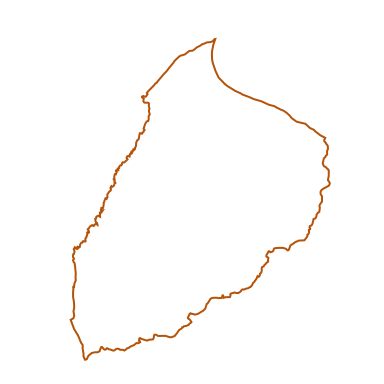 outline of Adi Quala, Debub, Eritrea, rotated 350°
{"feature_id": "51966322B57364805304830", "entity_name": "Adi Quala", "entity_type": "district", "adm_level": 2, "iso_a3": "ERI", "parent_name": "Eritrea", "parent_adm1": "Debub", "projection": "natural_earth1", "projection_center": [38.835, 14.613], "detail": "fine", "context": "isolated", "style": "outline", "palette": "amber", "viewbox_px": 384, "rotation_deg": 350, "n_neighbors": 0, "source": "geoboundaries", "source_scale": "gbopen_adm2", "svg_char_len": 5982}
<svg xmlns="http://www.w3.org/2000/svg" viewBox="0 0 384 384"><g transform="rotate(350 192 192)"><path d="M241.5,45.4L240.6,45.4L238.8,47.1L236.0,47.6L233.5,47.3L231.7,47.4L230.4,47.9L228.0,48.2L224.7,49.6L221.9,50.4L218.3,52.5L216.8,52.9L213.9,52.6L208.8,55.3L204.1,55.8L202.3,56.7L197.7,59.8L196.0,61.6L191.1,65.7L188.1,68.5L184.3,71.3L177.1,77.3L176.6,78.1L174.9,78.7L173.2,80.3L166.4,85.1L164.7,86.6L165.2,87.9L163.2,90.0L162.3,90.1L160.7,89.0L159.5,89.3L159.2,89.6L159.2,90.1L160.7,91.8L160.0,93.4L159.9,94.4L160.2,95.2L160.9,95.8L164.1,96.4L164.9,97.1L165.0,97.8L164.4,99.5L164.6,102.6L163.9,103.8L163.6,105.3L163.9,108.2L162.5,109.7L161.9,113.2L161.1,114.5L160.3,114.4L158.9,115.3L157.5,117.2L155.3,121.3L156.1,122.6L155.1,123.5L154.8,124.3L153.5,124.9L153.2,125.8L152.8,125.9L151.1,125.0L150.6,125.4L148.8,130.3L148.3,131.0L147.2,131.4L145.7,133.5L144.7,137.2L143.4,138.8L143.4,139.7L142.5,140.4L142.2,139.9L141.7,139.7L140.6,141.9L139.5,141.5L138.8,142.6L139.5,143.4L139.1,143.8L138.6,143.5L137.8,143.6L137.3,144.2L137.0,145.7L136.7,146.3L135.4,145.4L134.6,145.5L133.6,146.5L133.5,147.0L134.0,147.9L134.2,148.7L130.3,151.2L129.1,150.7L128.1,151.5L127.8,152.6L127.1,153.4L126.7,153.2L125.8,153.5L125.0,154.1L124.6,154.5L124.6,155.6L124.4,155.9L122.9,156.0L123.2,157.8L122.8,158.0L121.5,157.4L120.9,157.6L120.7,158.1L121.2,159.5L120.0,161.4L119.3,161.0L118.8,161.6L118.2,163.0L118.0,164.8L117.1,165.6L117.1,166.1L117.9,166.4L118.0,167.0L117.3,168.5L117.5,169.0L118.1,169.4L118.1,169.9L117.2,170.2L116.4,171.8L115.6,172.6L114.4,173.1L114.0,173.0L113.7,172.2L113.2,172.5L112.3,174.0L112.7,174.8L112.7,175.4L112.0,176.6L110.6,177.2L108.5,179.4L108.0,180.2L107.9,182.3L106.9,183.9L106.5,184.0L106.1,183.1L105.7,183.1L105.4,183.9L104.4,185.1L103.9,186.5L103.1,187.2L102.9,189.1L102.3,190.3L101.8,192.0L101.3,192.5L100.0,191.9L99.2,193.9L99.2,194.6L101.0,194.6L99.1,196.6L98.1,196.1L97.7,196.3L97.2,200.5L96.7,200.2L96.6,199.3L96.2,199.1L94.4,199.3L93.3,200.1L93.2,200.8L92.9,201.1L92.1,201.6L92.4,202.1L91.9,202.8L91.8,203.7L92.2,204.8L93.0,205.9L93.0,206.5L93.3,207.4L93.2,208.0L92.1,206.7L91.6,206.5L89.3,208.4L88.8,208.3L88.5,207.4L87.7,207.3L85.4,208.3L84.4,209.6L83.0,210.4L82.8,211.0L83.5,211.8L83.6,213.8L83.2,214.1L82.7,213.4L82.2,213.4L81.7,213.7L81.8,214.8L81.4,215.4L81.1,216.6L80.2,217.5L80.1,218.4L79.3,218.9L78.8,219.6L78.7,221.9L78.1,222.3L76.4,221.5L76.0,221.6L75.6,222.4L75.1,222.8L74.5,222.6L73.4,223.4L72.6,224.7L71.8,226.9L71.0,227.1L70.5,226.4L69.8,226.0L69.3,226.4L69.4,228.0L69.1,228.2L67.8,227.5L67.0,226.1L65.6,227.7L66.0,230.2L65.1,232.4L64.2,232.7L64.0,233.1L63.5,235.5L64.2,237.1L63.9,237.7L63.0,238.4L63.3,240.6L64.0,241.5L64.0,244.1L63.4,251.7L62.3,256.9L62.3,258.6L60.3,261.8L59.4,264.8L59.0,264.5L58.6,264.7L58.4,265.4L58.3,267.3L57.6,269.4L56.7,274.4L56.6,280.6L55.9,285.5L54.6,288.8L54.5,293.6L53.2,295.8L50.3,296.8L52.1,306.5L54.9,313.6L56.5,321.0L57.8,323.8L57.1,327.1L57.1,332.4L56.6,335.0L57.5,338.6L58.5,338.6L59.5,338.2L61.5,335.3L65.4,333.1L68.9,333.0L70.5,333.4L72.6,333.1L73.5,332.6L74.9,329.9L75.8,328.9L76.3,329.0L78.2,331.8L78.8,332.2L80.0,332.0L80.5,331.4L81.2,331.1L81.9,331.5L82.4,332.2L84.9,333.3L86.5,334.4L87.2,334.5L88.2,334.5L90.0,333.5L91.5,333.3L93.4,334.3L93.8,334.9L96.6,335.4L97.9,336.4L99.8,335.5L101.1,334.6L102.9,334.5L103.8,333.7L108.2,332.7L111.1,331.1L112.5,331.6L114.8,331.0L114.7,329.9L113.9,329.3L114.5,328.2L114.6,327.2L115.4,326.8L117.3,328.2L121.8,330.5L122.8,330.4L123.8,330.0L127.8,330.4L128.7,329.6L129.8,326.5L130.4,326.0L131.7,326.3L133.7,327.9L140.7,329.0L144.6,331.0L146.3,331.5L149.9,330.8L152.3,328.8L155.3,325.7L157.7,324.8L158.7,324.1L159.0,323.5L159.5,323.7L160.9,322.8L162.9,322.9L165.8,322.2L166.5,321.3L168.7,320.3L168.9,319.8L167.6,317.2L166.1,315.7L166.1,315.0L168.7,311.4L169.4,311.2L169.9,311.8L170.4,311.7L173.8,313.3L176.7,313.0L182.5,310.8L184.8,309.2L187.0,304.9L188.1,304.4L191.6,300.5L193.4,299.8L197.0,300.2L198.6,300.6L199.9,301.3L201.1,301.1L202.6,301.6L203.1,301.3L204.1,299.1L204.7,299.3L204.8,299.9L204.6,301.2L204.8,301.7L206.8,301.4L210.8,302.1L211.2,302.0L211.9,300.7L212.0,299.3L213.0,298.7L216.6,298.4L217.9,299.1L220.0,299.6L222.5,298.5L224.1,296.9L224.8,296.7L226.2,297.1L228.1,296.6L230.7,296.5L232.1,295.8L233.2,295.7L234.9,294.3L236.3,292.2L237.7,291.4L238.7,290.2L239.3,289.8L240.9,288.0L241.7,286.5L242.1,286.2L242.8,287.1L243.2,287.1L243.7,286.6L244.2,286.0L244.8,284.2L246.0,283.6L246.6,282.7L247.2,281.0L247.3,279.3L248.1,278.0L249.6,277.8L250.6,276.5L252.1,275.6L253.0,274.7L254.8,273.9L255.1,271.9L255.8,270.2L255.5,269.7L254.2,268.7L254.0,268.1L254.4,267.1L257.2,263.7L257.9,263.9L258.6,264.9L260.5,264.8L261.8,264.1L262.9,262.0L263.4,261.8L266.4,261.9L271.9,262.8L274.7,264.3L276.0,266.1L276.6,266.1L277.3,265.7L279.7,261.7L283.9,259.9L284.4,259.5L288.7,258.4L294.3,259.1L297.3,256.3L298.1,255.2L298.2,254.1L299.2,253.7L299.6,253.2L300.3,252.1L300.5,249.6L301.1,249.2L301.8,249.2L302.1,248.5L301.6,247.1L302.2,245.9L303.5,245.8L304.5,245.1L305.3,243.8L307.1,239.6L308.7,239.5L309.5,238.8L310.4,237.3L310.8,235.9L312.5,234.2L313.9,233.7L315.2,229.6L315.0,228.6L315.3,227.2L317.4,224.8L318.3,224.2L319.3,218.9L318.4,216.8L318.4,215.3L318.8,213.8L319.9,212.6L321.5,211.7L327.7,209.6L328.2,209.2L329.2,207.6L329.0,206.2L328.0,204.0L328.0,203.6L329.4,200.1L330.5,194.4L329.9,193.7L329.7,192.8L329.0,192.3L328.2,190.8L326.5,189.6L326.2,188.9L325.7,186.6L327.6,181.9L328.6,181.1L329.4,180.7L330.0,179.6L331.6,178.6L332.1,175.2L333.4,173.1L333.7,170.0L332.3,167.4L332.3,166.7L331.1,165.0L331.2,163.9L332.6,161.8L328.3,158.5L323.6,153.3L322.9,152.0L319.3,149.5L315.5,144.5L307.6,141.1L306.8,140.5L303.1,136.7L301.6,134.0L299.6,131.2L296.5,128.0L293.7,126.3L292.1,125.0L289.6,123.3L288.1,121.8L283.0,119.5L275.9,114.6L268.9,111.2L265.6,108.9L258.2,104.5L257.4,103.5L252.3,100.1L246.0,94.5L243.2,91.5L238.1,83.9L237.8,82.9L236.2,77.0L235.2,70.7L234.8,67.4L234.9,64.2L235.4,60.3L236.2,56.8L238.6,50.6L241.5,45.4Z" fill="none" stroke="#b45309" stroke-width="2"/></g></svg>